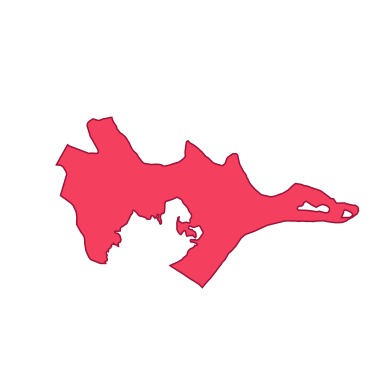 Mitubas, Kafr ash Shaykh, Egypt, rotated 142°
{"feature_id": "37247803B73956026156280", "entity_name": "Mitubas", "entity_type": "district", "adm_level": 2, "iso_a3": "EGY", "parent_name": "Egypt", "parent_adm1": "Kafr ash Shaykh", "projection": "orthographic", "projection_center": [30.507, 31.383], "detail": "fine", "context": "isolated", "style": "filled", "palette": "rose", "viewbox_px": 384, "rotation_deg": 142, "n_neighbors": 0, "source": "geoboundaries", "source_scale": "gbopen_adm2", "svg_char_len": 6084}
<svg xmlns="http://www.w3.org/2000/svg" viewBox="0 0 384 384"><g transform="rotate(142 192 192)"><path d="M282.2,296.9L279.0,293.9L278.1,291.0L278.7,285.5L279.9,283.0L297.8,270.2L294.2,257.8L293.9,254.3L295.6,247.4L298.5,242.6L301.3,239.4L302.8,237.4L304.2,229.1L304.2,225.6L304.8,222.5L306.5,219.6L308.3,217.3L311.7,211.0L313.4,204.2L313.4,201.0L308.1,192.0L304.0,188.8L303.8,189.7L303.0,190.3L303.0,190.6L302.1,190.5L301.3,190.2L300.4,190.8L299.8,192.0L299.6,192.2L299.6,193.1L299.0,193.7L297.9,194.2L297.8,194.5L297.6,195.1L297.6,196.0L297.3,196.3L297.0,197.1L296.1,197.4L295.3,197.4L294.7,196.5L294.4,196.8L294.1,196.8L293.6,197.7L293.6,197.9L293.0,198.2L290.4,198.2L289.0,198.8L288.7,198.8L288.5,199.6L288.2,199.9L285.3,199.9L285.3,199.6L285.9,199.0L283.9,196.4L283.9,195.6L283.6,194.7L283.4,194.4L282.5,195.6L282.2,196.7L281.9,197.0L279.9,197.0L279.4,196.7L278.0,197.5L277.1,198.4L275.7,202.1L275.7,204.4L276.2,205.0L276.5,205.9L277.1,206.1L277.6,207.3L277.3,208.2L277.1,208.4L276.8,208.2L275.6,207.8L275.1,207.0L272.5,205.5L271.7,206.4L270.8,207.5L269.4,207.8L267.4,207.5L264.9,207.5L262.9,207.2L262.3,207.5L261.7,208.0L260.9,208.3L256.0,210.6L255.5,211.1L254.6,211.7L254.3,211.4L252.1,212.0L251.5,212.3L251.2,212.8L251.2,213.1L250.9,213.1L250.3,213.7L249.2,213.4L248.9,213.1L248.4,209.9L248.4,206.5L248.1,206.2L248.1,205.6L247.8,205.0L246.4,203.6L245.6,202.1L245.0,201.6L244.2,199.5L244.2,198.4L243.3,197.5L241.9,196.6L241.0,196.6L238.8,198.1L238.2,198.1L237.6,197.5L237.4,196.9L237.4,194.3L236.8,194.0L235.7,194.3L233.1,195.7L232.5,195.4L232.2,194.8L232.8,194.0L234.5,192.8L235.1,192.9L235.4,192.6L235.7,192.6L235.7,192.0L236.0,191.7L236.0,188.3L236.3,188.0L236.8,186.5L236.5,186.0L236.0,186.0L235.4,186.2L234.8,186.8L234.0,188.0L232.8,191.1L231.4,192.5L230.3,193.4L228.8,193.7L228.6,193.1L228.0,192.8L227.1,192.8L226.3,193.1L223.2,196.2L221.4,198.5L219.4,200.5L217.7,200.5L216.6,199.9L211.2,198.1L207.5,197.2L206.4,196.3L206.1,195.2L205.0,192.6L205.0,191.4L205.3,190.6L205.6,188.9L205.6,186.3L205.3,185.4L205.3,181.4L205.9,179.9L206.2,178.2L206.2,175.1L206.5,174.5L206.5,174.2L207.1,173.6L207.4,173.1L207.9,172.5L208.5,172.2L209.6,171.9L209.9,171.6L210.5,171.6L212.2,169.1L213.3,169.4L213.9,169.9L214.2,170.0L214.7,171.4L216.7,172.6L218.1,173.1L219.0,173.7L219.8,175.8L220.1,176.9L220.1,177.5L218.7,179.2L218.4,179.8L217.5,180.0L217.5,180.3L218.7,180.6L223.0,176.9L225.5,173.5L226.1,172.9L227.0,171.5L227.5,169.2L227.5,166.9L227.3,165.7L226.7,165.2L223.3,166.3L221.6,166.3L221.3,165.7L221.6,164.5L221.9,163.7L222.4,162.8L223.3,160.5L223.0,160.2L222.2,160.0L221.9,159.7L220.8,159.1L219.9,158.5L219.3,157.9L218.5,157.9L218.2,157.6L218.2,156.2L217.7,155.0L217.7,154.4L217.4,153.9L217.1,153.9L216.2,154.4L214.5,157.0L214.2,158.2L214.2,158.7L215.1,161.0L215.1,161.9L215.3,162.5L215.9,162.8L217.0,164.8L217.0,165.7L216.5,166.2L215.6,166.5L215.3,166.8L214.8,166.5L214.2,165.9L213.6,165.1L213.4,164.2L212.5,163.3L211.7,162.7L207.4,161.3L206.8,160.7L206.8,159.5L207.1,159.0L207.4,156.7L207.7,155.8L207.7,154.7L208.0,153.5L208.3,152.9L209.1,152.4L210.6,152.1L213.7,151.0L214.5,151.0L215.1,150.7L217.1,150.7L218.0,151.3L218.5,151.9L218.8,152.4L221.3,154.2L221.9,155.1L223.0,155.1L223.6,153.9L223.6,153.3L221.6,151.3L220.0,148.7L220.2,147.3L220.5,147.3L220.8,147.0L221.1,147.0L221.7,147.6L222.8,148.2L223.1,147.9L223.9,147.6L224.8,147.6L226.2,147.6L227.9,148.2L229.6,148.2L231.0,147.9L232.2,147.4L233.0,146.8L233.6,146.2L235.0,145.4L239.6,145.4L241.0,144.9L241.8,144.9L242.7,145.2L244.1,145.2L245.2,145.5L246.1,145.5L248.1,146.1L249.2,146.1L250.6,146.7L254.6,147.6L253.8,145.0L249.6,133.4L247.0,125.1L245.1,120.2L243.3,115.0L242.7,110.3L239.4,111.2L236.6,111.7L233.5,112.3L230.3,112.6L228.9,113.1L222.1,114.8L216.3,116.5L213.6,117.0L213.3,117.3L211.3,117.9L207.6,118.4L202.6,120.5L200.5,121.2L198.8,121.2L195.9,121.5L190.0,122.6L187.1,123.7L181.7,125.4L178.6,125.6L175.9,125.6L166.7,122.6L153.3,119.5L136.6,112.0L133.5,109.7L131.2,107.7L129.5,106.5L126.4,103.6L122.7,101.0L118.8,97.5L117.4,96.6L114.5,94.0L112.0,92.6L106.3,88.5L104.9,87.0L103.8,85.6L97.8,79.5L93.6,76.3L91.9,75.4L89.6,74.6L87.9,74.2L86.2,74.2L82.2,73.6L81.1,73.3L77.4,73.3L76.3,73.0L74.3,73.6L73.7,74.1L72.3,74.7L71.1,76.7L70.6,78.1L71.7,81.3L73.1,82.2L75.1,84.5L77.3,87.4L78.5,89.4L85.1,94.3L84.7,99.4L87.1,102.0L86.8,102.6L89.6,113.0L91.0,115.6L93.7,119.5L97.6,125.7L99.6,127.9L101.3,130.8L105.2,134.9L105.8,135.0L110.2,134.9L114.5,134.3L118.7,134.7L121.7,135.2L124.0,136.1L128.4,137.4L130.8,138.5L132.9,139.7L137.9,145.7L139.2,147.6L140.7,155.5L141.1,160.9L141.0,163.6L140.6,165.8L140.0,168.1L139.9,169.9L139.4,170.8L139.0,172.0L138.8,173.4L138.8,176.5L137.3,184.6L134.5,190.8L133.5,192.6L133.3,193.4L133.8,195.2L136.1,196.9L137.7,197.1L142.4,197.3L143.9,196.9L148.0,194.3L148.9,194.0L150.6,194.0L151.9,194.1L152.7,195.0L156.5,200.4L157.4,202.1L158.2,208.6L159.3,211.7L159.5,217.3L160.4,222.7L161.2,226.1L162.1,228.9L163.2,231.3L163.5,233.0L163.5,234.6L164.3,235.0L165.4,235.0L166.5,233.9L168.0,232.6L172.8,227.8L175.5,224.0L177.7,223.6L179.3,223.5L181.7,223.5L184.1,223.7L188.3,225.4L193.2,227.1L197.8,229.3L198.8,230.4L199.4,232.3L201.9,234.9L204.7,237.1L207.0,238.5L211.9,243.8L212.6,245.6L212.7,247.4L212.6,252.8L212.1,255.5L212.3,257.8L212.8,259.6L212.9,261.5L212.1,266.1L211.3,269.1L210.6,275.6L210.8,277.6L211.2,279.4L211.4,280.8L212.1,282.2L212.3,287.6L211.9,288.9L211.2,290.1L211.0,293.5L210.5,296.9L209.5,299.7L209.2,300.1L210.5,301.1L212.8,302.0L217.0,304.3L220.4,305.2L221.8,306.1L222.9,307.5L224.6,310.1L225.5,310.7L229.2,311.0L232.0,310.5L233.9,308.7L238.0,298.1L238.3,295.0L240.1,283.5L240.7,281.8L242.4,280.6L243.8,281.5L247.5,284.7L248.6,285.3L249.7,286.2L260.2,303.5L261.0,305.8L282.2,296.9ZM119.1,112.0L119.6,113.8L117.9,115.0L116.8,115.0L114.1,113.4L111.9,113.7L110.4,114.7L107.8,114.5L105.3,107.3L103.5,103.5L101.3,103.2L96.9,102.0L94.1,98.0L93.6,94.7L94.3,93.5L97.0,92.0L99.7,93.4L103.4,98.3L106.1,99.8L108.4,102.4L113.6,107.5L119.1,112.0ZM84.1,83.7L82.4,83.8L80.4,80.6L78.9,77.5L79.6,74.7L83.2,74.7L90.0,79.8L85.3,82.5L84.1,83.7Z" fill="#f43f5e" stroke="#9f1239" stroke-width="1.5"/></g></svg>